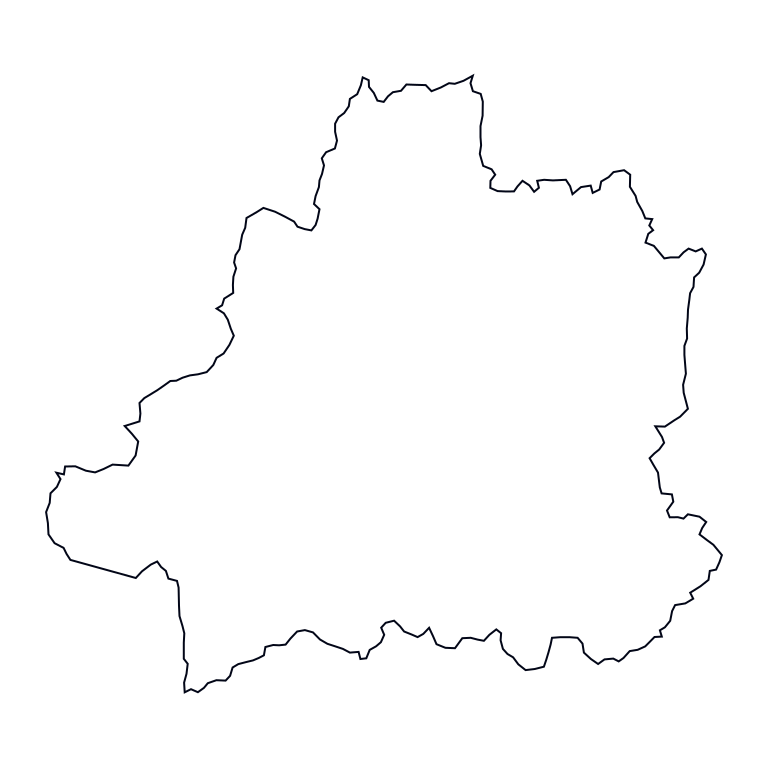 outline of Tijucas do Sul, Paraná, Brazil
{"feature_id": "56859067B30138498988060", "entity_name": "Tijucas do Sul", "entity_type": "district", "adm_level": 2, "iso_a3": "BRA", "parent_name": "Brazil", "parent_adm1": "Paraná", "projection": "orthographic", "projection_center": [-49.109, -25.886], "detail": "fine", "context": "isolated", "style": "outline", "palette": "ink", "viewbox_px": 768, "rotation_deg": 0, "n_neighbors": 0, "source": "geoboundaries", "source_scale": "gbopen_adm2", "svg_char_len": 3928}
<svg xmlns="http://www.w3.org/2000/svg" viewBox="0 0 768 768"><path d="M184.7,692.3L191.0,689.2L197.9,692.2L203.9,687.9L207.8,683.2L216.4,680.2L225.6,680.6L230.1,675.8L232.6,667.5L238.3,664.1L246.4,662.0L253.0,660.4L258.7,658.0L263.9,655.3L265.4,647.0L273.2,645.0L279.1,645.3L285.6,644.6L290.4,638.6L297.1,631.5L304.9,630.1L313.0,632.4L320.0,639.5L327.4,643.8L335.1,646.3L342.9,648.9L349.9,652.6L358.6,651.9L360.4,659.0L366.3,658.3L369.7,649.9L376.1,646.3L380.9,642.2L384.2,634.8L381.2,627.7L385.7,622.8L394.1,620.7L400.1,626.4L404.1,631.5L411.6,634.5L417.6,637.1L423.3,633.9L429.1,627.8L433.0,636.1L436.5,644.2L445.4,647.8L455.0,648.2L462.3,638.2L470.7,637.8L477.6,639.6L483.9,640.8L489.4,634.8L496.3,629.4L501.1,633.2L500.6,640.3L502.9,648.9L507.5,654.0L513.1,657.3L518.3,664.3L525.6,670.1L534.8,669.0L543.9,666.7L546.3,659.6L548.5,652.3L550.6,644.6L552.0,637.8L560.2,637.2L569.6,637.2L577.6,637.8L582.5,643.6L583.9,652.6L590.9,659.0L598.1,664.0L604.5,659.4L613.3,658.6L618.7,661.4L623.5,658.0L629.7,651.1L637.7,649.8L645.2,646.4L650.3,641.3L654.5,637.0L661.8,636.6L659.9,630.3L664.9,627.3L670.2,620.8L672.1,611.1L675.1,605.1L685.3,603.4L693.2,598.7L690.2,592.7L700.4,586.3L708.5,579.9L709.8,570.9L716.1,569.6L719.4,562.3L721.9,555.1L713.4,544.8L707.0,540.1L699.5,534.4L702.2,528.0L706.2,522.0L699.5,516.7L687.9,514.3L683.5,518.6L677.9,517.2L669.7,517.3L667.0,510.5L673.3,501.7L671.9,494.4L661.6,493.4L659.8,487.4L658.0,472.6L653.2,464.5L649.6,458.2L654.3,453.5L659.2,449.5L664.1,442.8L662.0,437.0L655.3,426.3L664.9,426.6L674.6,420.1L680.1,416.7L687.9,408.8L683.7,392.8L683.1,384.8L685.9,373.7L685.0,362.6L684.4,354.9L684.4,345.9L687.1,338.5L686.8,328.5L687.7,317.8L688.0,309.7L689.3,300.0L690.1,293.2L693.5,286.9L694.1,277.4L699.2,272.7L703.6,264.5L705.9,254.4L701.9,248.6L695.7,251.4L688.6,248.6L683.6,252.3L678.8,257.4L670.5,257.4L664.3,258.4L653.9,245.9L645.5,242.6L648.3,233.8L653.1,230.2L649.3,225.5L652.2,219.1L645.3,218.4L642.3,211.0L637.2,201.9L635.6,195.9L629.9,186.8L630.2,174.7L624.1,170.2L613.5,172.1L608.7,177.1L601.2,181.5L599.6,189.5L592.7,192.9L590.7,185.6L581.0,187.1L572.5,194.2L570.1,186.2L565.9,179.8L552.9,180.4L544.1,179.8L537.2,180.8L538.9,187.8L534.1,191.8L529.4,185.4L522.5,180.8L517.5,186.4L514.0,191.4L506.3,191.5L497.6,191.1L490.3,187.9L490.5,180.8L495.2,174.7L491.6,169.3L483.2,165.9L479.8,153.9L481.1,145.3L480.5,137.2L480.5,126.1L482.6,115.7L482.8,101.6L480.7,93.9L472.9,91.2L470.5,83.2L472.8,75.7L463.5,80.8L454.8,83.8L449.0,83.2L440.8,87.5L431.5,91.2L425.7,85.1L414.6,84.8L406.4,84.5L401.0,90.8L392.9,92.2L388.0,96.3L383.7,101.9L377.4,100.6L373.8,92.9L369.0,86.9L368.7,80.2L362.7,77.4L360.9,85.2L357.2,94.2L349.9,98.9L348.8,106.3L344.2,113.0L338.5,117.3L335.1,123.7L335.1,131.8L337.0,140.6L334.9,148.5L326.1,152.2L321.8,158.3L324.0,165.4L322.0,174.0L319.5,180.4L318.9,187.1L315.6,196.1L314.0,204.0L319.5,209.2L317.6,218.7L315.6,225.0L311.4,230.4L304.7,229.1L297.5,226.7L294.1,221.6L285.4,216.9L275.0,211.7L263.4,207.9L256.9,212.0L246.5,218.0L245.2,227.8L242.2,234.7L239.5,249.2L235.5,255.2L234.1,262.5L236.1,268.4L233.4,276.7L232.9,285.0L233.2,292.9L224.2,298.6L222.1,305.3L216.6,308.6L223.9,313.3L227.8,319.7L230.8,328.7L233.8,335.7L229.4,344.9L223.6,353.5L216.6,357.8L213.3,365.0L206.7,372.1L198.0,374.3L189.9,375.4L182.6,377.7L176.3,380.7L170.3,381.0L164.2,385.4L157.0,390.4L144.3,398.1L139.5,403.0L140.4,413.6L139.5,421.4L124.7,426.0L131.9,433.8L138.2,441.5L135.6,455.5L128.4,465.6L112.6,464.6L103.6,469.0L95.1,472.4L85.9,470.7L75.3,466.3L65.1,466.5L63.9,474.4L56.4,472.7L60.5,479.1L56.9,486.9L50.5,493.3L49.7,502.9L46.1,512.1L47.9,523.1L48.5,534.4L54.6,543.2L63.6,547.9L66.6,554.0L70.4,559.9L135.8,578.0L142.0,571.3L150.8,564.6L157.2,561.5L161.1,567.0L165.9,570.9L168.4,578.6L177.0,580.9L178.6,587.6L179.0,605.8L179.5,616.1L182.5,626.1L184.3,633.3L183.8,642.6L183.8,652.1L183.8,658.8L187.7,663.8L186.5,673.8L184.1,682.6L184.7,692.3Z" fill="none" stroke="#020617" stroke-width="2"/></svg>